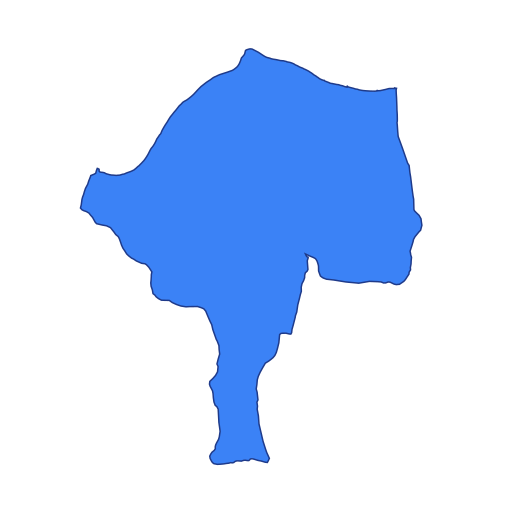 Dom Aleixo, Dili, East Timor, rotated 353°
{"feature_id": "22284137B34351426942246", "entity_name": "Dom Aleixo", "entity_type": "district", "adm_level": 2, "iso_a3": "TLS", "parent_name": "East Timor", "parent_adm1": "Dili", "projection": "natural_earth1", "projection_center": [125.529, -8.576], "detail": "fine", "context": "isolated", "style": "filled", "palette": "blue", "viewbox_px": 512, "rotation_deg": 353, "n_neighbors": 0, "source": "geoboundaries", "source_scale": "gbopen_adm2", "svg_char_len": 5991}
<svg xmlns="http://www.w3.org/2000/svg" viewBox="0 0 512 512"><g transform="rotate(353 256 256)"><path d="M242.1,462.3L243.1,460.9L244.6,458.5L242.7,452.4L241.9,448.7L240.4,440.7L238.5,423.1L238.9,415.0L238.5,408.2L239.2,405.2L239.1,401.2L240.4,399.1L240.5,391.3L240.0,388.0L241.2,383.7L242.2,379.0L243.6,375.7L246.0,371.8L248.9,367.8L252.2,363.5L255.9,361.8L258.3,360.4L260.6,358.9L262.6,357.0L264.4,354.2L266.1,350.2L268.1,344.9L269.9,336.8L271.3,335.9L273.1,335.9L276.4,336.3L279.7,337.5L281.1,337.7L282.0,336.5L282.8,333.2L284.4,329.4L287.5,321.5L287.8,320.2L289.6,316.6L291.5,309.6L293.8,303.8L295.3,299.7L296.7,296.6L297.1,292.4L298.3,289.0L300.2,286.3L301.6,283.5L302.0,281.0L302.9,278.7L305.0,277.2L305.9,275.7L306.3,267.1L306.6,266.3L307.5,264.3L307.6,263.6L306.3,262.8L305.8,261.6L305.3,260.0L309.8,262.8L312.5,264.3L314.4,265.6L315.2,266.7L316.0,268.6L316.5,271.0L316.8,273.3L316.7,274.7L316.3,278.5L316.9,281.3L317.5,283.7L318.8,285.0L320.0,286.0L323.1,287.6L330.3,289.3L342.0,292.7L354.7,295.5L365.5,295.0L373.6,296.3L377.0,297.0L379.3,298.3L381.5,298.5L384.0,297.9L385.9,298.3L389.6,300.7L391.8,301.5L393.8,301.5L394.9,301.6L399.6,299.2L401.3,297.7L405.6,292.6L406.0,290.7L406.8,289.7L407.7,288.6L407.8,286.3L408.9,282.8L409.4,279.8L410.2,276.2L409.7,273.8L409.7,272.1L409.5,270.0L412.0,264.6L413.6,261.0L414.4,258.7L416.2,256.2L418.6,253.9L420.8,251.8L422.5,250.5L424.4,245.7L424.3,242.2L424.3,239.1L422.8,235.5L420.5,232.7L418.9,230.6L418.4,229.2L419.4,218.8L419.2,215.9L419.1,209.2L419.1,203.5L419.1,196.2L418.9,192.0L419.0,184.8L417.8,182.3L414.5,166.9L411.7,154.8L411.7,153.2L411.8,150.9L411.8,150.2L412.2,143.1L412.2,140.8L412.7,139.3L413.0,136.9L413.4,133.1L413.7,128.1L414.0,125.2L414.8,115.7L415.0,112.0L415.3,108.3L415.9,106.7L414.5,106.3L414.2,106.0L413.6,106.3L413.7,106.6L412.2,106.4L409.7,106.1L408.5,106.0L406.9,106.2L404.7,106.5L399.3,107.0L396.7,106.8L396.6,106.5L396.3,106.5L396.2,106.9L394.2,106.9L389.9,106.3L386.1,105.6L383.2,105.0L381.2,104.5L378.7,103.7L377.1,102.9L375.0,102.3L373.3,101.5L368.9,99.8L367.8,99.3L367.7,98.9L367.3,98.5L367.1,98.6L366.8,99.5L364.5,98.6L362.7,97.6L360.6,96.9L359.0,96.1L358.4,95.9L357.0,95.6L354.7,94.8L353.4,94.4L352.4,94.0L351.7,93.9L350.7,93.5L350.3,93.3L350.1,93.2L349.6,92.8L345.8,90.8L345.5,90.5L345.2,90.0L344.9,90.0L344.7,90.0L342.8,89.1L341.2,88.1L340.9,87.9L340.1,87.2L339.9,87.0L339.7,86.8L339.1,86.2L338.7,86.0L337.9,85.1L336.4,83.9L335.8,83.5L335.2,82.9L335.0,82.7L333.9,81.6L333.1,80.9L331.6,79.7L331.2,79.3L330.3,78.6L328.8,77.6L327.6,76.8L326.3,76.1L325.7,75.6L325.1,75.2L323.0,74.1L321.7,73.3L321.4,73.0L319.8,71.9L318.5,71.2L318.1,70.9L317.1,70.0L315.4,69.0L314.0,68.3L313.1,67.9L312.0,67.6L311.5,67.4L310.8,67.2L309.9,66.8L309.7,66.6L309.3,66.4L308.4,66.2L307.4,65.7L304.0,65.0L302.4,64.4L299.8,63.5L296.9,62.7L295.0,62.0L294.0,61.4L292.4,60.8L290.9,60.2L289.3,59.2L287.3,57.6L283.2,54.1L277.5,50.2L276.1,49.8L274.7,49.7L273.4,49.9L272.2,50.1L271.2,50.4L270.6,50.8L269.5,53.7L269.0,54.6L268.1,55.5L266.7,56.8L265.8,57.5L265.4,58.2L264.5,60.2L262.9,63.0L261.5,64.8L260.0,66.2L258.4,67.2L256.9,68.1L255.1,68.9L249.7,70.1L242.3,71.5L240.5,72.0L237.9,72.9L236.4,73.3L234.8,74.0L232.4,75.4L227.9,77.6L222.1,81.1L218.3,84.1L216.1,86.0L213.7,88.0L211.3,89.7L208.6,91.4L206.1,92.8L204.0,93.6L202.1,94.5L200.0,96.3L198.2,97.5L194.0,101.7L192.2,103.3L190.1,105.4L188.1,107.3L186.1,109.7L184.2,112.2L182.2,114.5L180.3,116.9L178.1,119.9L176.8,122.2L176.5,122.8L175.7,123.6L175.0,124.1L174.4,124.8L174.3,125.0L171.8,127.8L170.3,130.3L169.0,132.2L168.1,133.3L167.8,133.7L166.9,134.7L166.0,135.6L165.4,136.1L164.6,137.0L164.1,137.7L163.4,138.7L161.4,141.7L160.6,142.8L160.4,143.0L160.0,143.5L159.8,143.8L158.0,145.9L156.2,147.8L155.3,148.5L153.8,149.8L152.5,150.8L151.5,151.6L150.8,152.2L149.8,152.7L147.3,154.5L146.3,155.1L145.7,155.5L145.2,155.8L143.6,156.3L143.1,156.5L141.7,156.9L141.3,157.0L138.5,157.6L137.2,157.9L136.1,158.3L135.3,158.5L134.6,158.6L133.4,158.6L132.0,158.9L131.3,159.0L130.6,159.1L129.5,159.1L129.2,159.0L127.3,159.0L124.0,158.3L123.4,158.2L122.8,158.1L122.3,158.0L120.7,157.5L117.8,156.3L116.8,155.8L116.1,155.2L115.4,154.8L114.5,154.5L113.1,154.1L112.3,154.0L111.4,153.6L111.0,153.3L110.8,152.9L110.6,152.5L110.8,151.6L110.8,150.8L110.6,150.5L110.2,150.4L109.8,150.0L109.6,149.8L109.1,149.7L108.1,151.6L107.0,154.3L105.5,155.0L101.8,156.0L101.5,156.8L99.0,161.4L97.7,164.3L96.4,166.1L95.0,168.1L93.6,171.0L92.3,174.1L91.1,176.3L90.2,178.5L88.8,183.9L87.6,187.0L88.9,188.9L90.5,190.0L93.0,191.2L95.4,193.0L96.9,195.5L98.5,197.8L100.5,202.8L101.7,204.5L103.6,205.2L107.1,206.5L111.3,207.8L115.0,210.1L117.9,214.8L119.4,217.6L121.6,219.9L122.4,222.0L123.1,225.0L123.9,228.9L124.9,232.1L126.4,235.0L127.9,238.2L129.6,240.3L132.2,242.9L134.2,244.2L136.6,246.3L139.6,248.1L141.6,249.3L144.9,250.2L146.2,251.3L148.2,254.0L149.6,256.8L150.7,259.1L149.8,261.9L149.6,263.5L148.9,267.3L148.3,269.9L148.2,273.2L149.0,277.0L149.2,280.8L150.9,282.5L151.9,284.3L154.0,286.4L156.7,288.3L159.7,288.8L164.5,289.5L167.2,292.0L171.1,294.4L175.4,296.5L180.3,297.9L183.6,298.1L191.8,299.0L195.3,300.6L197.7,302.0L199.4,304.6L200.2,307.5L201.3,311.4L202.3,314.8L203.7,318.8L204.2,323.8L206.4,333.9L207.1,335.6L208.3,340.4L208.0,344.4L208.0,348.9L205.9,353.7L204.1,358.4L204.9,361.1L203.7,366.3L201.3,369.6L198.3,372.3L194.9,374.8L194.2,377.5L194.6,379.7L196.4,384.5L196.6,387.3L196.4,391.6L196.5,395.8L197.3,399.2L198.8,400.8L199.8,403.4L198.9,416.7L199.0,423.6L199.0,425.7L197.5,431.1L196.5,433.4L194.0,436.9L192.9,438.7L192.3,440.4L192.1,442.4L190.8,443.9L188.4,445.4L187.0,447.0L185.7,449.0L185.8,451.4L186.8,454.1L187.6,455.7L188.9,457.0L192.3,458.1L195.7,458.3L198.5,458.4L201.3,458.3L203.9,458.3L205.6,458.0L207.2,458.4L208.7,458.3L210.1,457.4L211.9,457.0L213.5,457.2L216.5,457.8L217.4,457.6L219.1,457.3L220.5,457.4L222.6,458.0L223.9,458.2L224.8,457.6L225.5,456.9L226.4,456.7L228.2,457.0L229.9,457.7L233.0,459.1L236.1,460.1L240.0,461.8L242.1,462.3Z" fill="#3b82f6" stroke="#1e3a8a" stroke-width="1.5"/></g></svg>